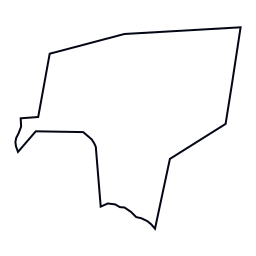 São Gonçalo do Piauí, Piauí, Brazil
{"feature_id": "56859067B82195186929840", "entity_name": "São Gonçalo do Piauí", "entity_type": "district", "adm_level": 2, "iso_a3": "BRA", "parent_name": "Brazil", "parent_adm1": "Piauí", "projection": "orthographic", "projection_center": [-42.679, -6.018], "detail": "fine", "context": "isolated", "style": "outline", "palette": "ink", "viewbox_px": 256, "rotation_deg": 0, "n_neighbors": 0, "source": "geoboundaries", "source_scale": "gbopen_adm2", "svg_char_len": 511}
<svg xmlns="http://www.w3.org/2000/svg" viewBox="0 0 256 256"><path d="M90.3,43.0L49.7,53.7L40.3,105.5L38.2,117.0L20.7,118.3L21.1,126.7L18.4,133.7L16.2,137.9L15.4,142.1L16.0,146.4L18.0,151.9L35.8,131.3L83.2,132.1L91.7,139.4L94.1,143.1L95.8,146.9L100.7,206.6L107.8,203.5L115.2,204.4L119.8,207.1L124.5,207.5L131.1,212.0L136.2,217.1L141.2,218.2L147.3,221.1L151.3,224.4L155.0,228.7L169.9,158.9L225.6,123.9L231.7,85.6L240.6,27.3L161.0,31.9L124.2,34.0L90.3,43.0Z" fill="none" stroke="#020617" stroke-width="2"/></svg>